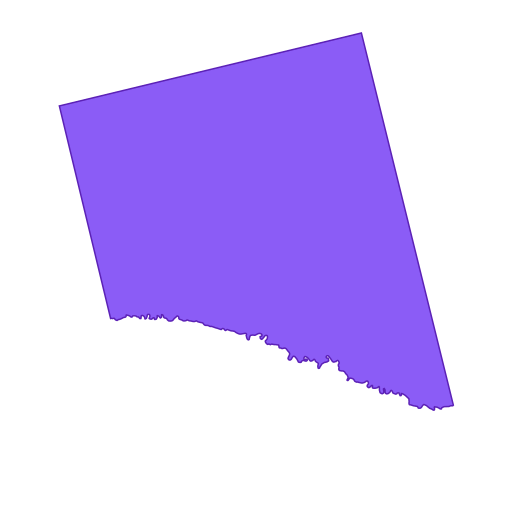 outline of Caleu Caleu, La Pampa, Argentina, rotated 346°
{"feature_id": "61730980B9086176864437", "entity_name": "Caleu Caleu", "entity_type": "district", "adm_level": 2, "iso_a3": "ARG", "parent_name": "Argentina", "parent_adm1": "La Pampa", "projection": "equal_earth", "projection_center": [-63.891, -38.789], "detail": "fine", "context": "isolated", "style": "filled", "palette": "violet", "viewbox_px": 512, "rotation_deg": 346, "n_neighbors": 0, "source": "geoboundaries", "source_scale": "gbopen_adm2", "svg_char_len": 6167}
<svg xmlns="http://www.w3.org/2000/svg" viewBox="0 0 512 512"><g transform="rotate(346 256 256)"><path d="M412.2,65.1L101.5,62.8L99.8,281.4L100.2,281.3L101.6,282.0L103.2,282.1L103.6,282.5L104.0,283.6L104.4,284.1L104.9,284.5L105.6,284.9L107.2,284.4L108.4,284.5L110.5,284.2L112.2,283.7L114.6,283.7L115.2,283.3L115.7,282.4L115.7,282.0L116.1,281.9L117.9,282.9L118.8,283.5L119.9,284.9L120.6,285.2L121.2,285.1L121.7,284.5L122.3,284.3L124.0,284.7L124.9,285.1L125.9,286.3L127.1,286.7L127.4,287.0L127.5,287.2L128.0,288.4L128.4,288.7L129.2,288.8L129.5,288.3L129.7,287.4L130.2,286.3L130.8,286.1L131.2,286.1L132.4,286.9L132.8,287.7L133.1,288.6L133.0,289.4L133.2,290.3L133.8,290.2L134.5,290.0L135.8,288.1L136.1,287.1L136.9,286.5L137.5,286.6L138.3,286.9L138.6,287.5L138.6,288.3L138.4,289.0L137.2,290.7L137.4,291.1L138.4,291.7L139.1,292.0L140.1,291.8L141.3,291.1L141.9,291.2L142.3,291.6L142.2,292.5L142.2,292.9L142.4,293.1L143.2,293.2L144.1,293.1L145.3,291.7L145.6,290.3L145.8,290.0L146.4,290.2L147.3,291.1L147.4,291.5L147.7,291.8L147.9,292.6L148.2,293.0L148.7,292.9L149.5,292.5L149.8,291.8L149.9,290.8L150.2,290.1L150.7,290.2L151.3,290.7L151.5,291.4L151.7,292.4L151.6,293.0L152.1,293.9L153.9,294.8L154.3,295.4L154.6,296.5L155.5,297.8L157.0,298.4L158.7,298.6L159.7,298.3L160.8,297.5L161.5,296.9L163.2,296.1L165.0,295.1L165.5,295.3L166.1,296.0L166.2,296.7L166.0,298.1L166.4,298.8L167.1,299.3L168.2,299.9L168.8,300.4L169.4,301.1L170.4,301.6L172.0,301.8L172.9,301.7L173.6,301.4L174.1,301.6L175.5,302.7L177.3,303.4L179.0,304.3L180.4,304.7L181.0,304.7L181.7,304.6L182.6,304.6L183.6,305.7L185.9,307.0L187.7,307.8L188.2,308.2L188.9,309.8L189.4,310.5L190.0,311.0L192.7,311.8L194.3,313.2L195.9,313.6L196.6,314.0L199.4,315.9L201.1,316.8L203.8,318.6L204.5,318.9L205.5,318.4L206.3,318.3L207.2,318.9L207.9,320.5L208.4,320.9L209.0,320.8L209.7,320.4L210.6,320.5L213.0,322.2L214.3,322.8L215.5,323.2L217.0,324.0L218.0,325.3L219.1,326.3L220.4,327.3L221.3,327.8L222.5,328.1L225.5,328.3L226.8,328.4L227.6,328.8L227.9,329.4L227.8,329.9L227.2,330.9L227.3,331.7L227.2,333.0L227.4,334.4L227.7,335.0L228.1,335.4L228.6,335.6L229.3,335.2L229.7,334.1L230.8,332.3L231.7,331.7L233.7,331.9L235.6,332.6L236.3,332.6L239.0,331.9L240.4,331.9L241.1,332.1L241.8,332.5L242.5,333.2L242.7,334.2L242.1,335.1L240.5,335.2L240.2,336.6L240.5,337.5L241.3,338.2L242.2,338.0L244.3,336.5L245.1,335.7L245.9,335.4L246.6,335.5L247.3,335.7L247.7,336.5L247.6,337.2L247.3,338.2L246.8,339.1L246.0,339.8L244.9,340.4L244.4,340.8L244.4,341.8L244.5,342.6L244.9,343.1L245.5,344.3L246.0,344.6L246.6,344.6L247.2,344.5L247.7,344.9L248.4,345.5L248.8,345.5L249.3,345.3L250.0,345.3L252.1,346.3L253.9,346.8L255.4,347.5L255.8,347.5L256.4,348.0L256.4,348.7L256.3,350.3L256.5,350.8L257.8,351.3L258.8,352.1L259.4,352.2L260.6,352.2L261.7,352.3L262.5,352.9L263.0,353.6L263.8,355.6L264.5,356.9L264.9,357.8L265.0,358.5L265.0,359.0L264.6,360.0L262.8,362.2L262.3,363.1L262.5,364.3L263.2,365.0L264.2,365.2L265.3,364.7L266.6,363.3L267.7,362.4L268.4,362.4L268.9,362.7L269.6,363.4L269.9,364.2L270.6,365.5L271.3,368.0L271.3,368.7L271.7,369.3L272.6,369.8L273.3,370.0L274.1,370.0L274.6,369.3L275.2,369.0L276.0,368.7L276.7,368.8L277.4,369.2L278.3,369.8L279.0,370.0L279.7,370.1L280.4,369.7L280.6,369.0L280.4,368.7L280.2,368.4L279.2,368.1L278.1,368.4L277.6,367.9L277.6,367.4L277.8,366.7L278.2,366.0L279.1,365.4L279.8,365.6L281.0,366.6L281.8,367.7L282.7,369.7L282.8,370.1L283.3,371.0L283.7,371.2L284.7,371.3L286.0,371.0L286.5,370.6L287.1,370.3L287.4,370.3L287.8,370.6L288.1,371.3L288.2,372.4L288.8,373.3L290.2,374.8L290.4,375.4L290.3,375.8L289.6,377.2L289.2,378.5L289.2,379.9L289.4,380.1L289.6,380.2L290.3,380.2L290.5,380.1L291.0,379.4L293.8,376.7L296.7,375.8L297.9,376.0L298.5,375.8L299.0,376.0L299.5,375.9L300.0,375.6L300.9,375.5L301.2,375.1L301.3,374.4L301.3,373.0L301.2,372.6L299.8,372.0L299.6,371.4L299.8,370.6L300.1,370.3L300.9,370.0L301.5,370.1L302.2,370.6L303.9,374.6L304.4,376.3L305.3,377.6L306.5,377.8L307.5,377.6L308.0,377.8L308.9,377.2L310.1,377.1L310.6,377.7L310.9,379.8L310.4,380.6L309.8,380.9L309.3,382.5L309.6,383.8L309.5,384.7L309.0,385.5L308.9,386.5L309.3,387.3L310.9,388.1L312.6,388.6L313.7,389.5L314.0,390.0L314.4,391.2L314.6,392.0L315.2,392.7L315.5,393.3L315.8,394.2L316.0,395.5L315.8,396.6L314.5,398.0L314.3,398.5L314.6,398.9L315.2,399.0L316.4,398.1L317.1,397.3L318.0,397.3L319.5,398.0L320.7,399.0L321.0,399.5L321.3,400.7L321.6,401.5L322.5,402.3L323.3,402.8L324.3,402.9L324.9,403.4L326.8,404.3L327.1,404.5L327.8,404.8L328.6,405.0L330.7,404.9L331.9,404.5L332.7,404.1L333.6,404.2L333.9,404.4L334.2,404.7L334.3,405.1L334.4,405.6L334.3,406.7L334.1,407.1L333.8,407.5L332.8,408.2L332.4,409.0L332.4,409.5L332.8,410.3L333.3,410.9L334.4,411.0L336.7,409.7L337.3,409.6L337.7,410.3L337.2,411.4L337.1,411.6L337.1,411.8L337.2,412.2L338.0,412.7L338.9,412.9L339.3,413.1L341.7,413.2L343.1,412.6L343.7,412.4L344.0,412.9L343.3,416.1L343.3,418.3L343.5,418.9L344.6,419.9L345.2,420.2L346.1,420.0L346.5,419.8L346.9,419.3L347.3,418.2L347.4,416.3L347.6,415.7L348.4,415.6L348.7,416.5L348.8,417.2L348.6,418.2L348.3,419.3L348.4,420.5L349.1,421.2L349.5,421.4L350.8,421.5L352.6,420.8L353.6,419.9L354.1,419.2L354.7,419.1L355.2,419.6L355.6,420.8L355.6,421.6L355.9,422.3L356.9,423.0L358.1,423.8L359.2,423.8L359.8,423.1L360.9,423.2L361.6,423.5L361.8,425.3L362.1,426.4L362.9,426.5L363.5,426.0L363.6,425.3L363.8,424.6L364.4,424.8L365.4,425.6L366.8,427.0L367.9,428.5L368.9,430.2L369.5,430.9L369.8,431.5L369.3,434.6L369.1,435.0L368.8,435.9L368.8,437.2L369.1,437.5L369.5,437.7L370.1,437.8L370.8,438.3L372.2,439.2L372.8,439.5L373.3,439.8L373.9,439.9L374.5,440.2L375.0,440.6L375.6,440.7L376.2,441.1L376.4,441.5L376.5,441.9L376.5,442.2L376.7,442.8L377.3,443.1L378.5,443.4L379.5,443.1L379.9,442.9L381.5,441.4L382.8,440.7L383.7,441.1L384.1,441.6L385.2,442.3L385.9,443.4L387.7,445.8L389.4,447.0L390.7,448.4L391.4,448.6L391.8,448.5L392.0,448.2L392.3,447.5L392.3,446.3L392.5,445.8L392.6,445.6L393.0,445.5L393.4,445.9L395.0,446.4L396.6,447.7L397.5,448.7L397.9,449.0L398.6,449.2L398.9,449.2L399.1,448.7L399.4,448.3L400.8,447.9L401.8,447.7L402.6,447.8L406.8,448.7L408.6,448.4L410.2,448.8L410.7,448.9L411.1,448.7L411.4,448.5L412.2,65.1Z" fill="#8b5cf6" stroke="#5b21b6" stroke-width="1.5"/></g></svg>